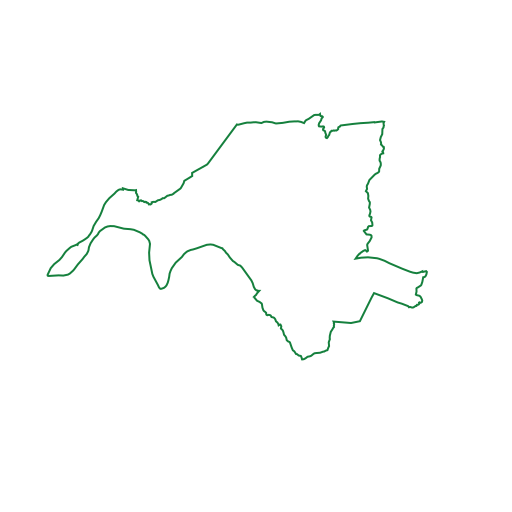 the district of Samborondon, Guayas, Ecuador, rotated 55°
{"feature_id": "8360857B50799900166454", "entity_name": "Samborondon", "entity_type": "district", "adm_level": 2, "iso_a3": "ECU", "parent_name": "Ecuador", "parent_adm1": "Guayas", "projection": "robinson", "projection_center": [-79.798, -2.011], "detail": "fine", "context": "isolated", "style": "outline", "palette": "green", "viewbox_px": 512, "rotation_deg": 55, "n_neighbors": 0, "source": "geoboundaries", "source_scale": "gbopen_adm2", "svg_char_len": 6105}
<svg xmlns="http://www.w3.org/2000/svg" viewBox="0 0 512 512"><g transform="rotate(55 256 256)"><path d="M388.8,147.8L388.8,146.4L387.9,145.4L386.6,145.0L383.9,144.6L382.4,144.9L380.1,146.9L379.3,147.2L377.2,144.9L374.6,143.2L374.4,142.6L374.6,141.2L374.7,137.8L374.5,137.2L372.6,134.6L369.3,131.2L369.8,130.3L369.9,129.5L369.8,128.8L369.0,127.3L368.4,126.5L367.2,125.5L367.1,125.2L366.0,125.3L364.8,128.4L364.3,129.0L363.9,128.7L363.4,131.4L362.3,134.2L359.7,136.9L357.3,138.8L350.3,143.5L338.4,150.9L333.7,153.4L329.1,156.6L327.3,158.1L321.3,165.0L317.6,171.0L315.3,175.9L314.1,172.7L313.5,170.1L313.7,169.8L313.4,168.8L313.4,165.1L313.7,163.5L314.0,163.0L316.0,162.6L316.0,161.6L315.9,161.2L315.3,160.9L310.7,158.6L310.0,157.6L309.0,154.3L307.1,150.7L305.7,149.8L304.7,149.9L303.8,150.6L301.7,153.1L297.3,153.3L297.1,152.6L298.0,150.0L297.7,149.1L296.4,147.4L296.3,146.4L297.8,144.0L297.8,143.3L297.5,142.9L295.2,141.6L292.7,141.3L290.6,139.2L289.9,139.3L288.9,140.2L288.2,140.2L287.6,139.7L286.8,138.4L285.2,136.7L283.7,136.0L281.2,135.6L278.6,132.9L277.2,131.9L275.7,131.9L273.4,131.3L271.2,129.5L268.7,128.3L265.9,128.8L264.8,126.6L262.7,125.5L261.8,124.6L261.0,122.8L258.8,119.5L257.4,112.0L257.4,110.5L257.7,108.7L257.6,107.2L257.4,106.7L255.2,105.0L253.7,102.4L253.1,101.6L251.4,100.5L249.9,100.1L248.9,100.1L248.2,99.7L246.9,98.6L246.2,97.7L244.8,96.8L244.4,96.2L244.3,94.4L244.9,92.9L243.9,92.4L243.3,92.6L242.8,92.5L242.5,91.4L241.5,89.7L240.1,88.8L239.9,88.8L239.7,89.2L239.1,89.3L237.6,89.3L236.9,89.6L236.2,89.6L235.9,89.2L234.6,88.4L232.2,87.9L230.2,85.6L228.6,82.7L224.5,79.6L223.9,77.9L222.9,77.0L222.6,76.4L222.1,76.3L220.3,75.3L219.6,74.1L218.0,75.7L214.6,82.3L214.2,82.3L211.2,87.6L207.2,94.1L203.4,100.9L197.7,111.7L197.7,112.2L198.1,113.0L197.8,114.6L198.4,115.4L199.2,115.9L199.4,117.2L199.3,118.2L198.6,119.1L198.3,119.9L197.8,120.2L197.4,121.5L196.8,122.1L196.8,122.7L197.1,123.4L197.1,124.5L198.8,126.6L199.2,128.0L199.9,129.2L200.1,130.3L199.4,130.8L198.6,130.8L198.2,130.6L196.9,129.0L194.7,128.5L193.5,127.9L192.7,128.0L191.8,128.7L191.1,128.7L190.4,128.2L189.8,126.5L189.0,126.2L188.3,126.7L187.6,128.1L186.4,129.5L185.9,130.0L185.3,129.9L184.4,129.3L183.4,128.0L182.2,124.9L180.9,123.3L180.6,121.7L180.4,121.5L179.6,121.6L178.3,122.8L177.6,122.7L176.4,122.1L176.5,123.1L176.3,123.8L174.5,126.3L173.9,127.6L173.9,134.1L173.5,136.9L173.6,137.9L174.7,140.4L172.0,142.2L169.9,144.2L167.6,147.6L165.1,151.7L162.3,157.7L159.1,163.3L158.5,164.0L155.7,166.1L151.9,170.4L150.7,172.6L150.2,175.3L146.4,179.3L145.1,181.2L143.6,184.0L141.6,186.8L140.4,189.6L138.4,195.0L137.8,195.9L137.3,196.2L152.7,242.3L153.0,243.8L151.3,260.7L153.9,262.4L153.3,271.6L154.9,273.6L157.2,278.5L157.4,279.3L157.5,287.5L157.7,287.8L157.5,289.9L156.7,291.3L156.4,292.7L155.8,294.1L156.0,298.0L155.1,299.3L155.2,300.7L154.9,302.6L154.1,304.4L154.0,307.5L153.1,308.5L152.4,309.8L152.2,310.6L152.6,310.7L153.2,311.4L153.3,312.8L152.6,313.3L152.4,314.1L150.6,314.1L149.7,314.6L149.5,315.1L148.7,315.0L148.0,315.7L147.8,316.5L147.2,316.8L146.6,316.8L145.6,317.7L145.5,318.0L144.5,318.2L144.0,319.1L144.3,319.9L144.2,320.4L143.0,320.6L142.2,321.3L139.9,318.5L138.6,318.7L137.4,318.1L135.4,318.1L134.6,317.3L133.2,316.5L132.9,317.3L128.6,322.8L124.2,326.2L125.4,326.9L123.7,328.7L123.2,329.8L123.0,330.9L123.1,333.5L123.7,336.1L124.5,343.0L125.8,348.0L127.1,351.1L131.2,357.0L133.2,360.2L134.8,363.2L136.3,367.4L138.3,371.8L141.2,375.7L142.0,377.1L143.2,379.9L143.4,381.0L144.0,382.2L144.2,384.1L144.2,386.7L144.1,389.3L143.6,393.1L143.8,395.4L143.9,395.8L144.3,395.9L145.4,395.4L144.5,396.0L143.8,396.2L143.6,397.5L142.5,402.1L142.6,404.1L143.1,408.4L143.6,410.4L145.6,415.6L146.5,419.4L146.9,426.0L148.2,431.1L151.8,437.4L152.5,437.9L152.9,437.8L153.5,437.2L158.7,428.7L161.5,425.1L163.4,420.7L163.6,418.6L163.1,414.4L162.7,412.7L160.7,406.7L159.1,400.0L158.1,397.0L157.3,393.6L155.9,390.9L155.1,389.8L153.0,387.8L150.7,384.2L148.9,379.7L148.3,377.7L147.9,374.5L147.4,372.8L146.6,371.4L146.1,369.6L146.0,363.3L146.7,360.6L147.9,358.2L150.2,355.1L157.8,348.6L162.1,343.4L164.5,341.0L169.9,337.6L172.7,336.3L173.5,336.2L174.6,335.5L176.1,335.2L180.5,334.7L182.4,334.8L185.3,335.9L191.9,341.6L198.4,345.7L211.2,351.2L214.1,351.9L223.6,353.0L225.7,353.4L227.4,353.4L228.2,353.0L228.6,352.2L229.3,349.7L229.2,348.0L228.8,346.3L227.3,343.7L225.6,341.6L223.3,339.1L220.9,336.9L219.3,334.7L217.7,332.0L215.4,325.6L214.3,317.3L213.2,314.0L212.9,311.6L212.8,309.6L213.6,306.0L214.5,303.9L215.7,300.2L218.6,289.9L220.4,286.7L222.3,284.6L229.5,279.9L230.4,279.1L231.3,279.2L234.2,278.6L236.0,278.7L238.6,278.2L242.2,278.3L246.9,277.8L248.5,277.1L252.8,276.0L254.9,274.4L257.5,274.0L273.3,273.8L276.4,274.3L280.0,275.5L282.7,275.8L284.0,275.5L285.0,275.0L285.0,274.7L285.9,274.1L286.4,273.4L287.2,276.7L287.9,278.2L288.0,279.6L288.3,281.0L288.6,280.8L289.3,281.2L293.3,280.8L295.7,279.4L298.2,278.6L299.1,278.9L302.1,280.4L304.8,281.1L305.8,281.0L307.2,280.5L308.4,280.3L309.5,281.0L310.3,281.1L311.0,280.7L311.5,279.3L312.7,278.3L313.2,278.1L314.9,278.3L316.3,277.0L317.1,276.6L318.8,276.5L321.0,277.1L322.8,276.6L324.8,276.8L325.8,277.2L325.9,275.5L326.2,275.3L328.1,275.6L329.7,277.2L331.5,276.8L332.6,276.8L334.3,277.3L336.6,278.2L338.6,278.0L340.1,278.1L342.6,279.1L344.4,278.7L345.6,277.9L346.3,277.8L351.5,279.3L354.4,279.9L356.0,279.3L359.3,279.4L359.9,278.7L362.0,278.1L363.6,276.6L365.3,276.9L367.1,277.6L367.4,277.2L367.9,276.1L368.1,275.2L368.2,273.4L368.1,271.6L369.1,269.3L369.4,267.9L369.2,265.8L369.2,264.0L370.0,262.4L372.0,259.0L372.9,255.7L373.3,255.2L373.6,252.9L374.1,251.5L372.6,249.4L371.7,247.8L368.4,245.9L366.4,243.1L365.6,242.8L363.7,241.3L361.0,238.2L359.8,235.2L359.3,234.4L358.9,232.8L357.9,232.4L357.1,231.4L356.4,231.0L356.0,231.0L355.5,230.4L354.2,230.1L365.4,216.6L369.0,208.3L356.3,185.1L354.1,180.6L366.3,172.2L375.3,166.6L378.7,163.9L383.8,160.5L384.5,160.1L385.7,160.1L386.1,159.0L387.8,157.7L388.4,156.5L388.5,153.7L388.9,153.2L388.3,152.1L388.9,151.2L389.0,150.4L388.7,149.6L387.7,149.2L387.7,148.7L388.6,148.2L388.8,147.8Z" fill="none" stroke="#15803d" stroke-width="2"/></g></svg>